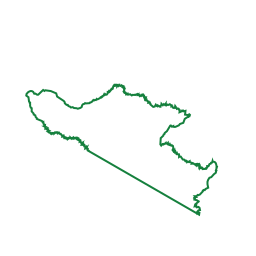 Paná-paná (Campo Alegre), Guainía, Colombia (Robinson projection), rotated 30°
{"feature_id": "7082276B62655490891692", "entity_name": "Paná-paná (Campo Alegre)", "entity_type": "district", "adm_level": 2, "iso_a3": "COL", "parent_name": "Colombia", "parent_adm1": "Guainía", "projection": "robinson", "projection_center": [-69.293, 2.063], "detail": "fine", "context": "isolated", "style": "outline", "palette": "green", "viewbox_px": 256, "rotation_deg": 30, "n_neighbors": 0, "source": "geoboundaries", "source_scale": "gbopen_adm2", "svg_char_len": 5798}
<svg xmlns="http://www.w3.org/2000/svg" viewBox="0 0 256 256"><g transform="rotate(30 128 128)"><path d="M57.7,169.7L58.6,168.6L59.1,169.7L59.7,169.3L60.3,170.4L60.7,170.2L60.4,170.9L61.0,170.7L61.1,171.3L61.8,171.4L62.5,170.7L62.3,170.2L63.0,171.0L64.2,170.9L64.0,171.5L64.5,171.6L64.7,170.4L65.5,170.5L65.2,170.0L66.3,169.5L66.7,168.7L67.1,169.2L67.3,168.7L68.0,169.2L67.5,168.5L68.4,167.3L69.2,167.7L69.1,167.1L71.0,167.2L70.9,166.7L71.8,167.1L72.7,166.7L74.4,167.6L75.5,166.9L75.6,168.2L76.7,167.3L77.9,168.7L79.2,167.9L78.8,167.3L79.4,167.2L79.7,168.1L80.5,168.0L81.2,167.6L80.9,167.0L81.3,166.5L81.6,167.3L82.1,166.2L83.4,165.7L83.1,165.2L83.7,165.4L84.5,164.5L84.5,163.9L84.8,164.6L85.2,163.7L85.7,164.3L86.5,163.8L86.4,164.2L87.0,163.8L86.6,163.3L87.2,163.2L87.2,163.5L87.6,163.1L87.3,162.8L87.8,162.3L88.4,162.6L88.3,162.1L89.0,161.7L90.3,161.7L90.7,162.5L90.3,163.3L91.0,163.3L91.1,162.6L91.8,162.5L92.0,163.3L92.0,162.4L92.5,162.4L93.0,163.9L93.4,163.3L93.7,163.9L94.9,163.8L94.7,164.2L95.3,164.6L95.7,163.9L95.7,164.9L96.1,165.3L96.5,165.1L96.4,165.7L97.0,165.4L97.4,164.1L97.9,164.6L97.3,165.1L98.5,164.6L98.6,165.2L99.4,165.8L100.5,165.0L100.9,166.2L101.1,165.5L101.6,166.1L101.9,165.4L102.0,166.4L102.5,165.9L103.5,166.0L103.7,167.1L105.1,167.3L105.0,167.6L232.9,167.5L232.2,165.7L231.8,165.8L231.4,166.9L230.8,166.8L230.6,167.3L229.8,166.3L230.2,164.1L231.4,163.1L229.9,161.4L228.5,161.1L227.1,162.4L226.2,162.0L225.9,161.2L224.9,162.4L224.4,160.5L226.3,155.6L225.3,156.5L223.9,156.1L221.3,156.8L221.1,155.2L220.6,155.0L220.5,155.7L220.2,155.6L220.2,154.7L221.4,153.8L220.2,153.5L221.4,152.8L221.8,151.2L222.3,151.2L223.5,149.7L224.5,145.4L224.1,144.9L224.4,144.0L224.9,143.4L225.5,143.4L225.8,141.8L227.3,139.6L224.9,136.9L223.7,134.8L223.3,132.8L223.4,130.4L224.7,128.9L225.5,125.1L226.4,122.9L226.1,121.7L225.5,121.2L225.7,120.7L225.3,120.6L224.5,117.4L224.2,117.6L223.7,116.6L221.7,114.6L220.1,114.1L218.1,114.7L217.7,114.3L218.1,115.9L217.3,116.6L217.5,117.5L216.6,118.5L216.8,120.6L215.6,121.4L216.3,122.3L215.6,123.7L216.2,123.6L216.2,124.2L213.3,126.2L212.8,125.5L211.9,125.3L211.9,126.0L211.0,126.4L211.0,125.8L210.1,125.7L210.1,126.4L209.3,125.3L209.2,126.2L208.8,125.6L208.8,124.7L208.1,124.7L207.7,124.0L207.3,124.8L207.2,124.1L206.8,124.0L206.3,124.2L206.5,125.7L205.9,126.4L204.9,126.2L204.8,125.3L203.7,126.2L202.7,126.0L201.3,126.9L201.4,126.1L198.5,126.7L198.0,125.9L197.1,127.4L195.9,127.3L195.9,128.0L194.5,127.2L193.9,127.4L193.9,127.9L192.4,127.3L191.2,127.9L188.0,126.4L187.0,126.9L186.7,127.5L185.9,126.0L185.1,125.8L185.6,125.7L185.3,125.3L183.5,126.2L182.8,125.2L182.4,125.9L180.9,124.7L180.7,125.4L180.1,124.7L180.2,125.3L179.8,125.6L179.3,124.7L179.2,125.5L177.6,124.8L177.5,124.0L177.9,123.9L177.4,122.8L175.9,121.1L174.8,121.0L174.4,121.6L173.6,121.3L173.7,121.7L171.8,122.1L171.1,122.0L171.1,121.6L170.7,122.0L170.0,121.0L169.8,121.9L168.8,122.5L168.2,121.9L167.7,123.3L166.9,123.9L167.3,124.0L166.9,124.7L165.6,125.5L165.5,126.6L164.2,126.0L161.4,120.4L162.4,117.0L162.1,115.8L162.6,114.9L162.3,113.9L163.3,111.3L163.4,104.9L163.8,104.4L165.3,104.9L166.2,103.7L166.5,104.3L167.6,103.9L168.5,103.3L170.7,100.3L171.0,98.5L173.3,95.9L172.6,91.7L174.1,88.7L174.7,88.3L174.5,87.2L175.3,87.0L175.1,85.7L174.2,85.5L173.5,86.8L170.7,87.9L169.2,84.4L167.7,85.8L167.0,85.3L166.1,85.9L166.3,86.5L164.7,88.6L163.9,86.7L162.9,86.7L162.3,86.0L161.6,86.1L160.8,87.0L160.3,86.5L159.1,86.8L158.8,85.8L157.9,85.4L158.4,86.9L157.9,87.7L156.6,87.9L155.7,87.1L154.8,87.7L154.5,86.5L152.9,86.8L152.3,86.5L151.2,88.1L150.1,88.1L149.8,89.4L149.0,89.5L148.5,88.4L148.4,89.6L147.1,89.4L146.8,90.9L144.9,90.3L145.4,91.5L145.0,92.7L145.5,93.3L145.2,93.6L142.5,93.5L142.7,94.5L141.9,94.6L140.4,93.9L140.4,96.1L139.3,97.1L135.5,96.4L135.3,95.7L134.3,95.2L133.2,95.9L133.2,95.4L132.8,95.7L132.4,94.8L131.6,95.1L130.8,94.6L129.7,95.1L129.5,94.3L128.9,94.8L128.7,94.1L128.5,94.8L127.6,94.1L127.9,93.7L127.3,93.5L127.5,92.7L126.4,93.1L125.7,91.9L124.7,92.6L124.2,91.5L123.5,91.9L123.2,93.8L122.0,93.6L122.0,94.4L120.9,94.0L120.5,94.9L120.5,94.1L120.0,94.5L119.9,94.1L119.7,94.5L119.0,94.0L118.0,95.6L116.7,95.6L117.1,95.8L116.9,96.3L115.5,96.9L115.0,97.9L113.0,97.7L111.5,99.0L110.7,98.4L110.5,99.1L109.5,98.9L109.9,99.6L109.6,99.9L108.9,99.0L107.7,99.3L107.5,98.6L106.6,99.0L105.9,98.6L106.0,97.5L105.2,96.4L105.5,95.6L105.0,95.3L105.1,95.7L104.0,95.6L103.8,96.1L103.8,95.7L103.4,95.6L103.8,95.3L103.2,95.1L103.5,94.7L102.9,94.7L103.0,94.1L102.1,94.2L102.0,93.5L101.8,94.3L100.8,94.3L100.4,95.3L99.5,95.3L99.1,96.0L98.9,95.6L98.6,96.4L97.9,96.3L97.8,96.8L97.6,96.3L96.6,97.2L96.7,96.6L96.1,97.1L96.0,96.5L94.6,97.3L94.4,99.3L95.1,101.5L94.1,102.1L94.1,102.8L94.5,102.9L93.9,104.1L94.2,104.2L93.9,106.0L93.0,105.7L93.0,106.6L92.4,106.9L93.1,108.0L92.9,109.7L91.9,110.5L91.4,110.2L91.1,111.2L90.5,110.8L90.6,112.3L90.2,112.7L90.2,113.7L89.6,113.9L89.7,114.9L88.9,115.1L88.8,116.1L87.4,118.3L86.8,118.8L86.4,118.6L86.2,119.9L85.3,120.2L84.8,121.2L84.0,121.1L83.5,123.8L82.3,125.0L82.3,125.7L79.2,127.8L78.4,127.9L78.2,128.8L77.2,129.8L76.9,131.2L77.4,132.9L76.8,134.3L74.9,136.4L73.5,136.6L71.3,137.7L69.7,137.6L68.3,138.8L67.1,138.5L65.4,138.8L64.3,138.1L63.2,138.7L60.9,138.2L60.3,137.3L58.9,136.7L50.9,136.2L48.5,133.9L42.7,134.6L37.5,136.7L37.1,137.7L35.5,137.5L33.6,144.0L32.7,144.6L30.6,144.5L29.7,145.2L27.8,144.1L26.3,144.1L24.9,144.9L23.7,146.6L23.1,149.1L23.7,150.8L26.4,151.1L29.1,154.6L30.4,154.9L30.4,155.5L31.2,156.0L32.1,157.7L33.6,159.0L34.7,159.0L36.3,161.8L39.1,162.7L39.6,163.5L41.4,163.4L42.5,164.6L44.2,165.1L44.5,165.7L49.9,165.0L50.6,165.1L51.2,165.8L51.9,165.9L52.0,165.5L52.9,166.7L53.8,166.8L54.2,167.7L54.7,167.1L55.1,168.1L55.6,168.1L55.0,168.5L55.9,168.5L56.6,169.7L56.8,169.3L57.2,169.8L57.7,169.7Z" fill="none" stroke="#15803d" stroke-width="2"/></g></svg>